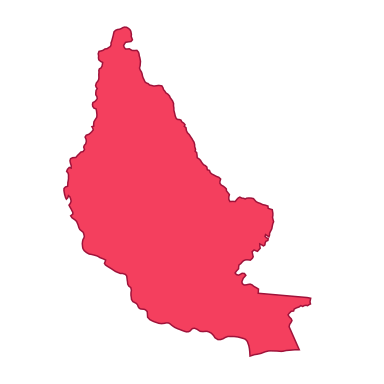 Santana, Amapá, Brazil (Mercator projection), rotated 5°
{"feature_id": "56859067B35347947791868", "entity_name": "Santana", "entity_type": "district", "adm_level": 2, "iso_a3": "BRA", "parent_name": "Brazil", "parent_adm1": "Amapá", "projection": "mercator", "projection_center": [-51.377, 0.176], "detail": "fine", "context": "isolated", "style": "filled", "palette": "rose", "viewbox_px": 384, "rotation_deg": 5, "n_neighbors": 0, "source": "geoboundaries", "source_scale": "gbopen_adm2", "svg_char_len": 5587}
<svg xmlns="http://www.w3.org/2000/svg" viewBox="0 0 384 384"><g transform="rotate(5 192 192)"><path d="M312.6,339.8L300.5,317.8L300.8,315.4L301.9,313.5L302.8,311.4L301.9,309.7L299.8,307.9L298.4,306.0L299.5,304.2L301.3,302.2L303.6,301.7L304.0,299.7L306.2,298.3L308.7,297.2L310.3,295.7L312.3,296.4L313.6,295.4L315.6,294.9L317.0,295.2L318.3,294.1L319.8,293.2L319.1,291.2L319.3,289.2L319.5,287.5L316.1,287.1L312.5,287.1L308.9,287.1L298.8,287.1L289.4,287.1L282.2,287.1L280.0,287.1L278.0,287.1L270.1,287.1L266.8,287.1L266.7,282.9L264.3,281.7L261.8,280.6L259.8,279.2L257.9,278.7L255.9,279.2L254.0,279.8L252.0,280.1L250.1,278.9L249.5,277.0L250.6,273.4L251.7,272.0L252.9,270.3L251.3,268.6L249.0,268.6L247.0,270.0L245.6,270.8L243.5,270.4L242.0,268.9L243.3,266.7L245.1,264.4L245.0,262.7L245.1,260.7L246.9,259.0L248.2,257.2L249.4,255.9L251.4,254.9L253.6,254.7L256.1,254.8L257.9,252.8L258.6,251.2L257.9,249.0L257.1,246.3L258.9,244.3L260.8,245.0L262.4,245.4L264.9,242.0L264.3,240.3L264.0,237.8L266.3,238.7L267.9,239.5L269.2,238.4L269.3,236.4L269.9,234.7L271.8,233.7L272.0,231.9L269.9,231.0L268.6,229.9L269.0,228.0L270.4,228.7L272.5,230.0L273.0,228.3L272.9,226.2L273.9,223.7L274.7,221.7L275.0,218.5L275.3,216.4L275.9,214.5L275.0,212.1L274.4,210.1L274.6,208.4L274.4,206.1L273.5,202.6L271.2,202.1L269.3,201.6L268.9,199.4L266.1,198.7L263.5,198.4L260.9,197.4L258.5,196.8L256.7,196.0L255.5,194.9L253.8,193.2L251.3,192.9L248.6,193.1L247.0,193.4L245.6,194.3L244.1,193.8L242.3,193.8L240.1,192.9L238.6,193.9L237.3,195.5L235.9,197.7L233.3,197.8L230.6,198.2L229.3,196.1L229.1,193.6L229.5,191.3L227.7,189.4L226.2,187.8L225.9,185.9L224.5,184.7L222.7,183.5L220.6,182.6L219.0,180.9L218.9,179.0L219.4,176.6L217.4,175.0L215.5,174.5L213.9,173.9L212.1,173.1L210.3,172.4L208.6,171.2L207.5,169.0L205.3,168.5L204.6,165.8L203.0,164.6L201.1,163.8L199.1,161.7L197.7,159.7L196.3,158.5L194.2,157.4L193.8,154.9L193.2,152.3L191.6,151.2L191.8,149.2L190.7,146.5L190.5,144.5L189.6,142.1L188.3,140.4L187.4,139.0L185.9,137.2L184.2,135.0L182.3,133.4L181.1,131.4L180.4,128.4L178.6,127.3L179.2,125.6L177.8,124.2L175.5,122.8L174.8,121.4L173.2,120.9L171.5,121.0L170.0,120.3L168.7,117.8L167.8,115.0L166.8,112.1L166.6,109.8L166.1,107.9L165.9,105.4L164.7,103.0L163.3,101.3L162.1,100.0L161.3,98.4L159.5,96.7L157.3,95.5L156.2,94.0L154.7,92.5L154.0,90.7L152.7,88.9L149.6,88.7L147.1,89.3L144.8,89.8L142.7,89.4L140.4,89.1L138.8,87.8L137.1,87.4L135.5,86.3L134.4,84.3L133.1,82.1L132.4,80.2L132.0,78.7L131.2,76.9L129.7,74.9L128.9,73.1L129.3,70.7L129.3,68.4L129.3,66.3L128.8,64.5L128.3,62.7L127.6,61.0L127.2,59.1L126.5,57.4L124.8,55.7L122.2,56.1L119.9,56.2L117.1,54.8L115.0,55.2L113.3,55.3L111.9,53.9L111.1,52.2L111.7,50.7L112.8,48.7L115.4,48.0L118.1,47.4L119.4,45.6L118.6,43.8L117.9,42.4L117.9,40.2L117.0,37.1L116.1,35.8L114.6,34.6L112.5,33.6L110.4,33.6L108.7,34.3L107.2,35.4L105.6,36.2L103.7,36.6L101.9,37.5L100.4,39.1L100.1,41.1L99.9,42.8L99.4,45.7L98.9,48.6L98.3,50.6L98.6,52.2L98.0,54.2L96.5,55.3L94.9,56.6L92.8,57.1L91.2,58.5L89.4,59.3L87.1,60.0L86.5,62.5L87.1,64.5L87.1,66.5L87.6,68.4L89.8,70.0L91.7,70.7L91.6,72.4L91.4,74.5L90.5,76.4L89.0,77.4L88.6,78.9L88.9,80.8L88.9,83.1L89.1,84.7L89.3,86.3L89.2,88.1L88.5,89.8L87.2,91.8L86.7,94.4L87.4,95.9L88.6,97.2L87.6,99.1L87.5,101.7L87.7,103.6L88.9,105.1L89.5,107.2L88.6,108.8L87.3,110.4L85.5,111.5L85.2,113.3L85.6,115.3L87.0,117.0L89.2,117.6L89.8,119.6L90.2,121.5L90.6,123.5L90.6,125.9L89.2,128.5L88.2,130.6L88.1,133.0L88.4,134.9L86.6,135.6L87.6,137.1L88.2,138.7L86.9,140.7L85.5,142.3L84.2,143.5L81.7,144.6L80.7,146.6L81.9,148.8L82.3,150.8L81.9,153.3L80.7,154.8L80.2,156.7L81.2,159.1L80.0,161.2L77.8,161.9L76.2,163.9L74.8,165.5L73.3,167.7L70.1,168.2L68.1,169.4L67.7,171.5L68.4,173.9L69.4,176.2L69.5,178.7L67.6,178.2L66.0,180.2L65.3,182.4L66.9,184.0L67.5,185.7L67.6,187.5L67.8,189.4L67.7,191.6L67.5,193.3L67.6,195.3L67.6,197.2L65.5,198.0L64.2,199.6L64.3,201.8L64.7,203.3L65.3,205.5L65.9,207.0L66.5,208.6L67.5,210.1L68.8,208.5L69.2,206.4L70.7,207.4L71.6,209.2L72.4,211.6L71.8,213.9L70.6,215.8L72.0,218.0L73.0,219.4L74.0,221.1L75.0,222.5L75.2,224.4L73.2,226.3L74.8,228.2L77.9,230.0L79.6,231.4L81.3,234.5L82.4,237.3L83.5,239.1L84.9,240.1L87.2,241.7L88.1,244.0L88.6,245.6L88.3,247.3L87.6,248.7L87.3,250.5L87.2,253.0L87.8,256.3L88.3,257.9L89.7,259.8L92.1,261.5L95.0,262.8L97.0,262.9L100.2,263.4L102.7,263.9L104.2,264.4L105.8,265.3L107.5,265.8L109.6,266.4L111.9,267.3L111.6,268.9L111.0,270.7L112.1,272.2L114.0,273.3L116.0,274.3L118.6,275.6L122.6,277.8L124.4,278.4L126.1,278.9L127.7,279.4L130.0,279.2L132.9,279.9L134.3,281.4L134.8,283.7L135.2,285.7L135.6,287.2L136.0,289.4L137.2,291.2L139.3,292.5L140.2,295.1L140.0,297.7L140.2,300.2L140.7,302.2L141.1,304.3L142.6,306.3L144.7,307.2L146.3,307.9L147.6,309.2L148.4,311.0L149.7,312.5L151.1,313.0L152.8,313.0L154.4,313.0L155.9,313.4L157.8,315.0L158.2,317.3L158.7,320.6L161.1,322.8L163.5,323.8L165.5,324.5L167.9,325.1L170.4,325.7L173.0,325.8L175.7,325.3L177.9,324.6L180.0,324.5L181.8,325.3L183.1,326.3L185.2,327.6L186.9,328.5L190.1,329.6L191.7,330.0L194.3,330.8L196.9,331.5L198.7,331.8L200.7,331.5L202.1,330.7L203.2,329.3L204.3,328.0L206.4,327.5L209.0,328.3L211.0,329.4L212.4,330.1L215.1,330.1L217.2,329.7L219.0,329.5L221.1,329.9L223.6,331.0L226.0,333.1L227.6,335.2L230.7,336.8L233.4,336.5L235.7,335.5L237.8,334.0L240.3,332.8L245.2,332.4L247.0,332.3L250.2,332.4L253.2,332.9L256.3,333.5L258.1,334.1L260.1,336.0L262.0,340.1L262.8,342.9L263.4,345.8L264.1,350.4L268.3,348.6L270.8,348.0L274.7,346.8L278.8,344.8L282.0,343.7L283.8,343.4L290.8,343.0L294.8,343.0L296.8,342.6L299.6,341.7L308.3,340.2L312.6,339.8Z" fill="#f43f5e" stroke="#9f1239" stroke-width="1.5"/></g></svg>